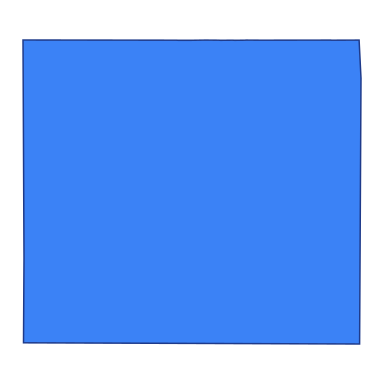 Moody, South Dakota, United States of America, rotated 270°
{"feature_id": "52423323B47185171821034", "entity_name": "Moody", "entity_type": "district", "adm_level": 2, "iso_a3": "USA", "parent_name": "United States of America", "parent_adm1": "South Dakota", "projection": "albers", "projection_center": [-96.52, 44.022], "detail": "fine", "context": "isolated", "style": "filled", "palette": "blue", "viewbox_px": 384, "rotation_deg": 270, "n_neighbors": 0, "source": "geoboundaries", "source_scale": "gbopen_adm2", "svg_char_len": 452}
<svg xmlns="http://www.w3.org/2000/svg" viewBox="0 0 384 384"><g transform="rotate(270 192 192)"><path d="M41.2,23.5L40.0,359.6L305.7,361.0L343.9,359.1L343.8,332.5L343.8,331.0L343.9,330.9L343.8,262.7L343.8,261.1L343.9,245.8L343.8,245.2L343.7,234.7L343.8,232.5L343.7,220.4L343.8,218.6L343.9,206.8L343.9,204.9L343.7,190.5L343.7,188.9L343.7,178.2L343.8,176.4L344.0,23.0L126.0,24.0L41.2,23.5Z" fill="#3b82f6" stroke="#1e3a8a" stroke-width="1.5"/></g></svg>